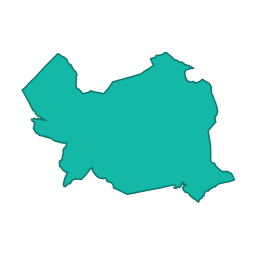 outline of Paracho, Michoacán, Mexico, rotated 344°
{"feature_id": "50627088B94256811005465", "entity_name": "Paracho", "entity_type": "district", "adm_level": 2, "iso_a3": "MEX", "parent_name": "Mexico", "parent_adm1": "Michoacán", "projection": "natural_earth1", "projection_center": [-102.089, 19.654], "detail": "fine", "context": "isolated", "style": "filled", "palette": "teal", "viewbox_px": 256, "rotation_deg": 344, "n_neighbors": 0, "source": "geoboundaries", "source_scale": "gbopen_adm2", "svg_char_len": 5759}
<svg xmlns="http://www.w3.org/2000/svg" viewBox="0 0 256 256"><g transform="rotate(344 128 128)"><path d="M216.0,207.1L216.0,206.7L215.8,206.4L215.4,202.5L214.9,200.3L213.8,199.4L213.5,198.7L212.6,198.6L212.2,197.9L211.9,198.0L211.7,197.9L211.5,197.2L211.2,197.0L210.0,196.8L209.9,196.6L209.7,196.8L208.1,196.5L206.8,196.0L205.6,194.6L202.8,190.4L202.0,188.8L201.4,185.9L200.8,185.3L200.2,185.3L199.6,185.0L199.1,184.4L198.7,183.6L198.6,182.2L198.9,180.5L199.4,179.2L202.5,167.5L204.3,152.7L205.2,152.2L214.1,146.3L214.1,145.3L213.7,144.4L213.9,143.9L214.7,143.2L214.7,142.6L214.6,141.7L214.7,141.0L215.1,140.4L216.0,140.5L216.3,139.8L216.7,139.8L217.4,139.3L217.6,138.8L217.7,138.0L218.1,137.5L218.6,137.2L218.8,136.9L219.2,130.7L218.8,125.4L218.5,123.3L218.4,119.7L218.1,119.0L218.0,117.1L218.1,116.2L218.6,115.4L218.4,114.2L218.7,113.3L219.2,112.6L219.2,110.9L219.0,109.6L218.1,107.4L217.5,106.6L215.3,104.6L214.8,104.0L213.7,102.4L213.1,101.9L212.7,101.8L210.8,102.7L209.3,103.1L208.3,103.2L208.0,103.4L206.0,103.6L205.8,103.4L205.1,103.4L205.1,102.7L204.9,102.4L204.1,102.4L204.0,101.7L203.3,101.2L201.8,101.4L199.6,100.4L198.2,98.9L197.7,98.6L197.6,98.3L197.7,96.8L197.6,96.5L197.4,96.3L197.4,96.0L197.1,95.9L197.5,91.6L197.8,90.3L198.6,89.5L198.9,88.8L199.3,88.5L199.6,88.0L199.9,87.9L200.4,88.1L205.7,88.3L206.5,88.4L206.9,88.7L207.3,88.6L206.0,86.9L205.4,86.6L205.0,85.9L201.9,83.7L199.4,82.3L199.5,81.1L199.0,80.9L197.8,79.5L197.4,79.3L195.7,79.1L194.5,77.2L194.0,76.8L192.8,75.8L191.3,75.1L189.7,71.8L188.9,70.6L187.9,69.5L186.4,67.1L185.7,66.2L185.2,66.1L184.7,66.2L184.3,65.7L183.9,65.7L183.0,66.1L182.3,66.7L181.3,66.6L179.8,67.0L177.1,66.5L175.1,66.0L173.7,67.7L168.9,67.6L168.9,69.9L169.5,73.1L170.1,74.8L163.8,76.9L159.5,77.9L155.6,79.6L149.0,79.7L126.1,79.5L120.8,84.1L114.1,88.3L104.3,83.3L102.0,81.8L100.8,82.9L100.3,82.7L99.9,83.0L98.6,82.8L94.9,82.7L93.9,82.0L93.0,81.0L93.1,80.6L92.2,78.3L91.4,77.4L90.8,76.4L89.6,75.4L89.4,74.1L90.0,73.2L90.0,71.8L90.2,70.9L90.8,69.9L91.1,67.8L91.8,67.2L91.5,66.5L92.0,65.4L92.4,64.3L92.6,64.1L92.9,64.0L93.6,62.6L93.2,59.2L92.2,58.1L92.0,57.6L91.2,54.9L91.2,53.9L90.6,52.9L90.6,51.9L90.3,51.6L90.3,51.0L89.6,50.9L88.9,49.9L88.6,49.1L88.1,47.5L88.3,47.1L88.2,45.8L87.4,44.2L86.5,43.1L86.1,42.3L85.6,41.8L84.2,40.9L83.3,39.6L82.4,38.5L81.5,37.7L80.8,37.3L66.2,45.5L52.5,53.8L49.4,55.5L47.6,56.3L41.0,60.4L39.4,61.2L36.8,62.2L39.8,75.7L41.6,84.8L41.9,85.3L42.7,86.0L43.0,86.8L43.1,88.5L43.6,89.5L44.7,91.9L46.7,93.1L47.0,94.0L47.9,95.2L48.7,96.0L50.0,96.8L50.7,97.6L48.5,96.9L47.6,96.4L45.7,94.8L44.7,94.5L43.6,93.9L43.3,94.0L42.9,94.6L42.5,94.6L40.8,92.8L39.7,93.4L37.7,93.0L37.7,94.6L39.1,96.4L39.8,96.8L39.8,97.1L39.8,97.5L38.8,98.6L38.6,99.4L38.6,100.1L37.1,101.8L37.0,102.2L37.0,103.6L37.4,104.0L37.7,104.6L37.9,106.2L38.3,107.3L39.3,108.5L40.3,108.8L40.3,109.5L40.5,110.2L41.0,110.8L43.0,111.7L45.2,113.2L45.8,113.2L46.2,112.9L46.5,112.9L46.7,113.3L46.7,114.6L48.6,114.6L49.3,115.7L50.0,115.8L50.6,116.5L52.1,117.7L53.0,119.3L54.8,120.8L55.8,121.0L56.1,121.4L57.9,122.5L58.1,122.8L59.0,123.0L59.2,123.3L60.4,124.1L61.4,124.5L63.2,125.1L65.1,125.2L63.4,128.3L62.4,129.1L61.2,129.6L59.6,131.3L58.9,133.8L58.3,135.5L57.7,136.3L55.5,140.5L55.2,140.6L53.9,140.6L53.2,141.0L52.5,142.0L52.4,143.5L52.0,144.3L52.0,145.7L51.8,146.1L51.8,146.4L52.6,146.6L52.9,146.8L53.2,147.5L53.2,148.3L53.3,148.6L53.2,149.2L53.7,150.0L54.1,151.0L56.2,153.1L56.3,153.5L57.6,153.7L57.6,154.4L57.7,154.5L57.3,154.7L56.9,154.6L56.8,155.2L56.4,155.8L55.3,156.6L54.7,157.6L54.7,157.9L53.7,158.3L53.3,159.6L52.9,159.9L52.7,160.5L52.5,160.3L52.2,161.0L52.2,161.6L50.9,162.9L50.8,163.5L50.4,164.1L50.4,164.4L50.5,164.7L50.4,165.3L50.5,166.6L51.9,167.0L54.9,165.2L56.6,165.4L57.0,165.6L60.1,162.9L61.9,162.4L66.0,163.3L68.6,164.4L69.1,164.5L69.7,164.3L70.7,163.4L71.5,163.1L74.8,161.2L79.0,158.1L80.1,157.0L80.7,156.9L81.1,157.2L82.1,156.0L82.4,156.5L82.5,157.2L82.3,159.2L82.5,160.5L82.6,161.0L83.4,162.5L83.4,162.9L83.8,163.2L83.8,164.1L84.2,164.1L84.5,165.5L85.1,166.4L86.2,167.4L87.2,168.6L89.0,169.1L90.2,169.9L90.6,169.8L91.3,169.3L91.4,169.2L92.4,169.7L92.4,170.2L92.9,171.1L93.0,171.7L93.4,172.8L93.1,173.3L93.9,174.1L94.9,174.5L96.4,175.6L97.5,177.1L97.8,177.9L98.0,178.8L97.9,180.5L97.7,181.7L101.1,184.3L108.8,191.4L116.2,192.3L118.1,192.3L130.5,193.3L143.7,194.6L145.3,194.5L148.4,194.8L154.2,195.1L157.0,195.5L157.4,195.8L157.8,196.8L157.8,197.3L157.5,198.0L157.0,198.3L156.0,198.1L155.7,197.7L155.6,197.8L155.9,198.5L157.6,199.2L160.1,198.3L160.7,199.1L160.8,198.9L162.3,199.0L162.7,198.7L162.9,198.1L163.0,198.1L163.0,197.9L163.5,197.7L163.5,197.0L163.7,196.9L164.3,197.0L164.5,196.8L164.4,196.5L164.7,196.0L164.8,196.2L165.0,196.1L164.9,195.6L165.2,195.3L165.2,196.0L166.2,196.2L166.1,196.6L166.2,196.9L165.9,197.3L165.9,197.6L166.0,197.9L166.5,198.1L166.3,198.5L167.0,198.2L166.9,197.7L167.6,197.8L167.8,198.1L167.8,198.3L167.4,198.4L167.3,198.7L167.8,198.9L167.8,199.2L167.7,199.5L167.4,199.6L167.2,199.6L166.1,198.8L165.5,199.0L163.7,201.1L164.3,202.0L164.2,202.6L164.9,204.7L165.2,205.3L168.1,207.2L168.5,207.7L168.5,208.3L168.6,209.0L169.0,209.5L169.2,210.7L169.6,211.2L170.5,211.6L170.5,213.0L172.0,214.1L172.2,214.6L173.6,216.2L173.7,217.0L174.7,217.4L175.4,218.7L175.9,218.3L176.2,217.0L179.0,215.6L179.8,215.7L180.2,215.6L180.4,215.4L180.4,215.0L180.8,214.4L181.5,213.8L181.9,213.6L182.3,213.9L182.3,213.5L183.8,211.3L185.8,210.2L187.2,210.5L187.6,210.7L187.8,210.0L188.4,209.9L189.1,210.1L189.5,209.5L190.5,209.0L191.0,209.2L191.6,208.8L192.1,208.8L192.4,208.9L192.7,208.7L193.0,208.3L194.2,207.9L194.7,208.2L194.9,208.5L195.6,208.6L196.0,208.5L197.2,207.5L198.8,207.0L200.4,206.7L207.6,207.1L210.2,207.5L211.5,207.3L212.1,207.3L216.0,207.1Z" fill="#14b8a6" stroke="#0f766e" stroke-width="1.5"/></g></svg>